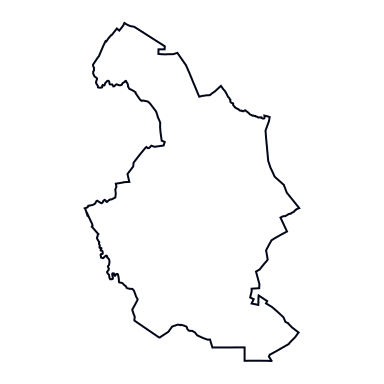 Braslavas pag., Alojas, Latvia
{"feature_id": "27541924B13565408041411", "entity_name": "Braslavas pag.", "entity_type": "district", "adm_level": 2, "iso_a3": "LVA", "parent_name": "Latvia", "parent_adm1": "Alojas", "projection": "mercator", "projection_center": [24.998, 57.744], "detail": "fine", "context": "isolated", "style": "outline", "palette": "ink", "viewbox_px": 384, "rotation_deg": 0, "n_neighbors": 0, "source": "geoboundaries", "source_scale": "gbopen_adm2", "svg_char_len": 5867}
<svg xmlns="http://www.w3.org/2000/svg" viewBox="0 0 384 384"><path d="M177.4,52.9L173.1,54.2L167.6,54.2L166.7,54.3L163.9,54.3L161.0,54.2L158.4,53.9L158.5,49.3L164.6,49.3L164.8,46.3L134.4,26.9L133.4,26.6L130.2,26.1L126.6,24.4L124.4,23.0L123.3,25.4L120.9,28.6L119.2,30.6L116.9,28.5L111.7,35.1L111.2,35.1L108.3,38.5L106.3,41.5L105.6,41.1L103.3,45.8L100.8,51.7L98.9,56.2L97.6,57.8L93.0,64.7L93.3,66.7L93.8,67.4L94.0,67.9L94.1,68.6L94.0,69.1L93.9,69.6L94.0,70.3L93.9,70.6L93.2,71.7L93.2,72.9L93.2,73.6L93.5,74.3L94.4,76.2L94.6,76.5L96.7,78.0L97.0,78.4L97.0,79.2L96.0,82.0L96.2,83.4L97.7,85.6L98.0,87.3L98.8,87.6L99.7,87.7L101.9,87.5L102.2,87.0L102.3,86.6L102.2,85.7L102.8,85.0L103.9,85.5L104.5,85.3L105.1,83.3L107.3,80.9L108.6,80.9L109.1,81.5L109.7,84.2L109.9,84.4L112.3,84.5L113.3,86.4L114.4,86.2L115.5,85.0L116.5,84.3L116.8,84.3L118.8,85.2L119.3,85.3L120.5,85.2L121.4,85.0L121.6,84.9L121.9,84.5L122.4,83.4L124.2,82.1L124.8,81.7L125.3,81.0L125.6,80.9L126.0,80.9L126.1,81.0L126.2,81.3L126.4,82.2L126.9,82.6L127.3,83.2L127.6,83.9L128.0,85.2L128.0,86.5L128.8,87.8L129.3,88.8L129.4,89.0L130.7,89.4L133.5,90.9L135.6,92.3L135.6,93.2L139.9,99.4L140.3,99.9L141.1,100.3L141.4,100.8L141.7,100.9L142.2,100.6L143.6,100.6L148.0,101.6L150.1,103.6L156.1,111.5L157.7,116.3L157.7,117.0L158.9,119.4L160.2,122.7L160.1,127.2L160.5,132.2L161.7,140.7L164.7,141.9L164.6,142.4L163.6,145.5L154.6,146.8L151.3,145.7L149.3,147.9L147.9,148.2L146.4,147.0L145.2,148.1L139.9,154.5L133.8,162.4L133.6,162.7L133.6,162.9L133.2,166.5L127.5,174.0L129.3,181.9L123.8,182.2L123.1,182.5L115.8,183.7L116.4,186.7L115.3,189.6L115.8,193.7L115.3,197.5L111.6,199.4L110.0,199.5L109.3,200.1L108.9,200.2L107.9,201.1L107.6,201.4L107.4,201.4L107.4,201.7L107.3,201.8L106.7,201.9L106.2,201.5L105.8,200.9L105.7,200.9L105.4,200.6L105.1,200.1L104.8,199.8L104.4,199.9L104.3,200.0L104.4,200.3L104.2,200.5L103.8,200.6L103.3,200.9L103.2,201.2L102.9,201.9L102.8,202.2L102.7,202.4L101.6,203.2L100.7,202.9L97.2,200.7L96.4,201.2L95.3,203.2L94.8,203.8L94.3,204.2L92.1,205.1L90.5,205.4L90.4,205.5L89.5,205.7L89.3,205.5L88.3,205.8L87.8,206.5L87.8,206.9L87.6,207.3L84.8,208.3L85.3,208.9L85.6,209.8L87.2,214.7L87.5,214.0L90.7,221.0L92.0,223.6L92.6,225.8L91.8,226.6L97.6,233.3L98.4,234.1L98.0,234.6L97.7,235.0L97.5,236.2L97.5,236.7L97.0,237.4L96.9,237.8L97.0,238.2L97.2,238.9L97.8,239.7L98.3,240.8L99.2,242.0L99.3,242.6L99.0,243.1L99.0,243.9L99.8,245.5L99.5,247.3L99.7,247.8L101.0,247.9L101.4,248.2L101.4,248.6L100.8,249.4L100.6,250.1L100.7,250.4L100.9,250.6L101.6,250.6L102.3,251.0L102.5,251.4L102.7,252.1L102.7,253.6L102.5,253.9L100.9,254.2L100.6,254.5L100.7,255.5L101.0,256.5L101.0,257.4L101.1,257.6L101.4,257.7L103.0,258.2L103.4,258.1L103.9,257.4L105.3,256.1L105.9,255.7L106.3,255.6L106.8,255.9L107.2,256.3L107.1,257.3L108.6,258.7L109.2,259.9L109.5,261.9L109.4,262.8L109.1,264.4L109.0,265.0L108.1,266.0L108.0,266.3L107.9,266.6L108.7,268.3L108.8,269.2L108.7,269.7L107.1,271.9L107.1,272.4L107.6,273.2L108.9,274.7L109.0,275.2L109.3,276.5L109.4,277.7L109.6,278.1L110.1,279.1L110.4,279.3L112.3,279.1L112.8,278.7L112.9,278.4L112.9,278.1L112.2,274.3L112.3,273.8L112.5,273.4L113.0,273.3L114.0,273.5L114.2,273.8L114.4,275.3L114.7,275.7L115.0,275.8L115.4,275.5L116.2,274.2L116.9,273.9L117.4,274.0L117.8,274.2L118.0,274.6L118.7,277.9L118.9,280.4L118.9,281.7L119.1,282.2L119.7,282.5L121.6,282.8L122.9,283.5L123.3,284.0L123.6,284.5L126.1,286.5L126.5,287.7L127.2,288.2L129.7,288.8L132.3,288.9L132.8,289.3L134.0,290.8L136.2,296.8L136.9,298.0L137.4,298.8L137.6,299.2L137.6,299.6L137.3,300.4L135.0,304.7L132.3,309.5L132.3,309.9L132.5,310.6L133.9,314.8L134.3,315.5L134.7,316.9L134.7,317.4L134.3,320.2L134.5,320.6L135.0,321.0L155.9,335.3L158.3,336.9L158.5,337.2L158.9,337.3L159.8,337.5L161.0,336.6L168.1,332.0L168.4,331.8L172.1,326.6L177.8,324.6L180.4,325.1L180.5,325.1L180.6,324.9L181.0,325.0L181.2,324.9L183.7,325.5L186.2,326.5L186.6,326.8L186.8,327.4L186.9,327.5L187.3,329.0L188.3,330.1L189.1,330.7L189.7,330.9L192.3,330.9L195.0,332.5L197.1,335.2L197.4,335.4L203.0,338.0L207.7,339.7L210.0,339.5L212.4,347.5L244.6,347.4L244.6,360.8L253.6,360.7L267.1,360.8L271.5,361.0L271.6,360.9L268.9,356.6L269.7,354.7L271.1,354.0L274.8,352.0L288.8,344.0L289.6,342.8L295.1,337.2L296.1,335.9L297.7,333.6L298.6,332.5L292.0,327.4L288.3,323.6L288.2,323.2L285.5,322.0L283.4,317.2L277.1,311.4L272.0,307.0L266.0,303.4L267.2,301.1L258.7,295.5L258.5,297.1L258.3,304.9L251.6,303.5L253.7,299.2L250.2,297.5L250.3,296.9L251.7,291.1L251.6,288.7L259.2,288.2L259.4,284.1L259.2,283.4L256.0,271.6L259.8,269.4L260.0,269.0L264.3,263.7L266.5,261.2L267.7,259.6L266.1,250.4L267.4,247.8L267.7,247.3L269.0,244.8L271.5,240.3L274.5,238.4L280.8,234.8L287.0,231.5L280.5,217.6L282.7,216.4L284.3,216.1L285.2,216.1L286.9,215.2L288.8,214.0L290.8,213.7L291.3,213.0L293.6,212.0L294.1,211.5L294.5,210.9L295.6,210.2L295.6,209.8L296.8,209.1L299.2,208.1L295.3,203.2L286.8,192.7L283.9,185.1L283.9,184.9L283.4,184.5L279.7,181.2L275.3,177.3L274.5,176.4L272.7,172.3L270.4,167.5L269.9,166.0L269.1,163.5L268.2,160.9L266.0,137.0L265.7,132.8L265.5,130.7L268.9,121.3L269.7,117.1L267.4,116.3L264.4,115.6L264.6,117.4L264.5,117.9L264.3,118.2L264.0,118.5L263.3,118.6L262.4,118.4L262.0,118.2L261.7,118.0L261.5,117.4L261.1,117.3L260.7,117.6L259.9,117.3L258.4,117.6L257.0,116.7L256.2,116.7L255.5,116.0L254.4,116.1L253.3,115.5L252.5,115.7L251.0,114.8L249.7,114.2L248.7,113.0L245.8,110.8L245.3,110.3L244.1,110.7L243.6,111.2L243.1,111.3L242.3,111.1L241.6,110.6L241.0,110.8L239.4,110.3L238.4,109.1L237.1,108.8L236.7,108.3L236.0,108.1L234.9,107.3L234.9,107.1L233.4,105.4L233.1,104.8L233.2,103.6L233.1,103.4L231.4,102.8L230.9,102.4L230.3,101.6L230.3,100.7L230.4,99.8L229.8,99.3L229.5,98.3L227.9,96.6L226.2,93.1L224.7,90.7L223.5,89.5L220.9,85.9L214.9,91.4L212.1,93.3L209.8,95.2L206.7,95.3L201.9,96.0L199.2,96.7L194.2,84.6L193.7,83.5L189.7,73.7L185.9,65.0L184.2,62.7L177.4,52.9Z" fill="none" stroke="#020617" stroke-width="2"/></svg>